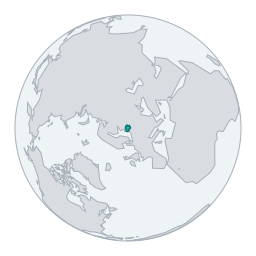 globe centered on Lithuania, rotated 254°
{"feature_id": "LTU", "entity_name": "Lithuania", "entity_type": "country or territory", "adm_level": 0, "iso_a3": "LTU", "parent_name": "Europe", "parent_adm1": "", "projection": "orthographic", "projection_center": [24.055, 55.152], "detail": "fine", "context": "on_globe", "style": "filled", "palette": "teal", "viewbox_px": 256, "rotation_deg": 254, "n_neighbors": 0, "source": "natural_earth", "source_scale": "50m", "svg_char_len": 11428}
<svg xmlns="http://www.w3.org/2000/svg" viewBox="0 0 256 256"><g transform="rotate(254 128 128)"><circle cx="128" cy="128" r="113" fill="#eef3f6" stroke="#a8b0b8"/><path d="M52.2,44.6L65.0,34.9L57.1,40.5L62.7,36.2L62.1,36.7L69.0,32.4L74.4,29.4L83.1,26.3L89.0,27.3L85.8,28.3L87.6,28.6L91.8,27.5L94.0,26.8L105.8,28.0L119.6,27.3L123.7,25.5L123.0,27.3L130.7,23.0L138.1,22.5L129.9,24.1L129.1,25.2L134.1,25.2L134.4,26.3L137.1,27.1L137.0,28.5L132.2,29.5L132.0,30.5L135.6,30.6L137.8,32.1L132.6,31.9L135.8,34.7L128.4,37.5L114.5,36.6L110.4,40.0L96.3,44.4L97.6,45.4L93.1,48.1L93.0,50.3L90.4,50.7L92.6,52.2L95.0,51.5L96.7,52.0L96.9,53.3L93.6,53.9L93.0,53.3L92.1,54.2L90.4,54.0L91.4,54.9L87.4,55.6L91.5,56.9L88.5,59.2L85.8,59.1L85.8,56.5L79.8,50.5L77.1,49.9L73.2,51.7L66.2,60.3L63.3,61.0L59.5,63.9L61.2,64.6L64.8,62.7L66.9,64.9L71.1,62.5L72.5,63.2L76.8,62.0L76.4,65.1L73.6,68.8L70.0,70.1L68.7,71.8L72.3,73.2L65.7,78.1L61.7,86.2L60.0,87.3L56.3,84.6L55.9,78.1L51.2,75.4L54.5,80.2L50.1,83.2L49.5,85.0L49.8,86.8L51.5,86.9L50.1,88.6L46.4,84.3L47.6,82.7L48.8,84.0L48.6,81.0L46.0,78.5L44.0,80.4L42.3,75.2L40.8,76.5L39.7,76.3L42.1,74.4L37.7,77.8L35.3,73.5L29.3,79.7L35.0,71.4L37.0,67.6L38.8,63.6L37.8,64.5L41.5,58.5L42.6,55.6L39.6,58.2L36.1,62.8L41.1,56.4L46.4,50.3L52.2,44.6ZM35.1,64.3L31.8,69.6L32.2,69.4L30.3,73.4L28.3,75.7L24.3,84.3L23.1,87.0L26.5,79.2L30.5,71.6L35.1,64.3ZM20.2,95.3L20.1,95.8L18.6,101.1L18.8,101.5L18.6,105.0L17.3,108.7L18.2,108.1L17.4,112.6L17.6,122.5L17.3,122.5L17.3,135.4L19.3,146.6L19.8,151.5L19.3,152.1L20.5,155.8L20.5,157.0L26.9,171.6L31.6,181.1L32.5,184.8L30.5,183.8L31.5,186.0L27.3,178.5L23.8,170.8L20.8,162.7L18.5,154.5L16.8,146.1L15.8,137.6L15.4,129.1L15.6,120.5L16.5,112.0L18.0,103.6L20.2,95.3ZM27.8,81.2L23.4,93.3L24.3,88.3L24.4,88.8L25.9,85.3L28.0,79.9L29.2,76.0L27.8,81.2ZM29.4,82.2L30.0,80.4L29.7,81.9L29.4,82.2ZM95.0,26.3L91.8,27.4L88.0,28.1L90.6,27.0L95.0,26.3ZM102.4,25.7L100.9,26.4L99.1,25.7L100.5,25.5L102.4,25.7ZM126.7,24.0L124.0,24.2L126.5,23.7L126.7,24.0ZM137.4,26.9L138.1,26.6L139.2,27.1L137.4,26.9ZM76.8,60.4L76.8,61.1L76.0,61.0L76.8,60.4ZM78.7,59.1L77.7,58.4L78.5,57.7L79.0,58.2L78.7,59.1ZM140.0,29.8L141.5,31.0L139.2,30.0L140.0,29.8ZM79.7,60.3L79.9,56.6L81.2,55.4L84.5,56.4L79.7,60.3ZM141.9,31.7L145.6,34.6L147.4,34.0L144.5,37.6L142.3,33.8L139.1,32.7L141.4,32.6L141.9,31.7ZM95.7,50.7L93.1,51.5L95.1,49.6L95.7,50.7ZM96.5,49.4L100.1,43.2L103.9,42.8L101.9,44.9L106.8,43.4L106.9,46.2L104.2,47.7L101.7,47.3L103.7,48.7L96.5,49.4ZM142.3,39.3L142.5,40.2L141.3,39.5L142.3,39.3ZM97.5,52.0L97.9,50.8L101.3,50.3L101.1,52.7L100.1,52.1L97.5,52.0ZM108.0,41.8L110.5,41.9L111.2,44.2L112.3,44.6L107.2,46.3L108.0,41.8ZM99.4,52.9L101.0,54.0L99.5,55.5L97.4,53.2L99.4,52.9ZM102.2,49.1L103.8,49.0L102.9,49.9L102.2,49.1ZM95.3,61.6L95.7,60.0L97.4,59.6L95.3,61.6ZM101.6,54.3L102.1,53.8L102.9,53.5L103.6,54.6L101.6,54.3ZM108.1,47.8L107.9,48.8L110.2,47.2L110.9,49.0L107.4,49.8L109.2,50.2L109.4,50.8L106.3,50.9L108.1,47.8ZM106.5,54.7L102.3,56.6L101.2,59.7L99.6,60.1L101.6,55.1L106.5,54.7ZM106.6,52.4L106.2,53.9L104.4,53.6L103.6,52.4L106.6,52.4ZM112.6,49.9L112.5,47.0L113.2,46.9L112.6,49.9ZM106.5,55.7L107.5,55.2L106.7,55.9L106.5,55.7ZM111.1,51.7L111.0,50.7L111.9,50.6L111.1,51.7ZM109.7,55.2L108.3,55.8L107.8,55.0L109.7,55.2ZM110.6,53.7L111.9,53.8L108.4,54.3L110.4,53.2L110.6,53.7ZM112.0,51.8L112.4,51.5L111.9,52.3L112.0,51.8ZM112.7,58.1L108.4,58.9L107.1,57.1L111.5,56.5L112.7,58.1ZM62.6,194.8L55.6,178.4L58.9,175.1L59.4,168.7L82.3,155.4L87.3,158.7L105.5,160.1L107.8,161.4L105.8,166.8L119.6,175.1L123.9,170.7L136.2,174.0L144.3,173.0L147.0,162.1L133.7,163.6L131.2,158.4L141.8,152.7L153.4,151.3L152.8,149.3L145.3,145.8L147.9,141.3L142.7,144.2L144.9,146.1L141.7,148.1L139.6,146.5L140.5,144.9L137.0,144.4L133.2,152.4L135.0,155.2L125.9,156.9L128.0,161.9L125.5,164.2L121.0,156.7L121.4,154.0L113.1,145.3L111.9,148.3L119.6,156.8L117.3,156.0L115.7,160.5L115.0,156.5L106.9,146.8L98.6,147.1L88.1,156.1L83.2,155.4L79.0,151.4L82.6,140.5L93.2,143.3L94.6,139.8L92.3,133.2L95.8,134.7L96.1,132.5L100.1,133.3L105.6,128.9L109.6,129.1L111.6,122.3L114.0,121.6L112.1,125.7L113.0,128.8L123.0,129.3L124.9,127.9L125.4,123.5L128.1,124.3L127.3,120.1L133.0,118.2L125.4,117.0L125.8,112.2L129.1,108.5L127.9,106.8L122.4,112.9L121.5,115.5L122.8,118.1L119.1,125.6L115.7,126.6L114.4,118.2L109.5,118.8L110.7,112.2L124.7,99.4L130.6,96.8L140.6,102.4L139.3,105.6L135.1,105.1L139.1,109.9L138.7,107.4L141.0,108.2L141.9,104.1L143.5,104.4L141.7,99.9L143.8,99.9L144.9,102.8L148.1,96.9L152.4,95.9L152.4,94.5L151.1,93.2L157.4,92.9L157.1,91.8L154.9,91.5L152.8,89.2L151.6,85.2L153.9,85.3L154.6,86.8L159.6,90.2L161.2,94.3L162.0,93.9L161.1,90.4L155.1,86.3L153.7,83.8L156.8,85.3L155.6,84.6L155.6,83.4L157.7,82.5L154.4,80.6L151.7,68.4L155.5,65.6L158.6,68.1L159.1,60.4L163.4,58.2L161.4,57.8L160.2,54.2L158.8,54.8L157.7,54.4L154.1,45.8L155.0,44.0L151.2,40.3L150.1,40.2L149.2,41.3L144.5,37.6L147.4,34.0L149.7,34.4L150.0,32.0L155.0,33.5L159.4,33.7L164.7,37.1L167.7,37.1L167.5,36.2L171.3,35.8L180.1,38.5L174.0,40.4L161.1,38.0L166.4,39.2L165.5,40.2L167.6,41.5L171.4,42.4L171.6,41.7L179.1,50.4L188.7,56.3L187.3,52.2L189.3,51.1L199.0,55.3L212.2,70.3L215.0,69.8L217.0,71.4L218.8,75.2L215.8,73.0L215.1,74.8L213.2,73.1L215.0,78.8L212.3,76.6L215.1,82.3L217.1,82.7L216.5,78.3L220.0,84.4L222.9,83.4L226.4,86.7L231.8,100.3L232.7,109.4L233.4,111.1L232.2,112.5L232.9,118.6L237.2,120.5L237.9,122.6L238.0,132.5L237.6,131.1L234.3,134.8L235.5,141.0L238.0,139.5L239.0,142.3L237.8,145.1L236.6,142.9L235.4,144.1L234.5,139.1L231.1,135.0L229.8,140.4L228.7,137.5L223.9,135.9L221.3,143.6L218.1,159.7L219.6,167.5L217.7,173.6L210.3,168.0L206.7,161.5L204.2,164.6L196.5,162.1L183.8,169.6L181.8,168.1L179.4,170.5L173.9,170.4L170.8,167.5L167.6,169.0L175.9,176.5L179.3,174.8L181.9,169.4L183.6,172.4L188.9,173.0L183.8,184.4L164.6,199.0L162.4,193.3L146.2,177.9L146.6,175.6L146.5,175.3L146.3,174.9L145.1,178.8L142.2,175.3L151.2,187.5L152.8,192.7L164.3,199.4L163.3,200.7L166.9,201.5L178.1,195.1L178.2,197.1L173.1,207.7L157.3,222.2L159.3,227.1L157.9,231.2L147.7,235.2L148.3,237.0L143.0,238.3L142.5,239.0L138.1,240.0L130.8,240.6L118.8,240.3L118.3,240.1L112.6,238.6L104.8,232.9L108.1,230.3L107.1,227.4L98.4,218.4L100.3,214.0L97.9,211.4L93.0,210.8L90.2,207.5L87.2,206.6L68.4,201.3L62.6,194.8ZM74.7,165.1L74.1,167.0L74.7,165.1ZM165.9,155.1L172.7,152.9L169.1,147.1L171.4,145.9L169.4,144.4L168.8,146.7L163.7,142.4L166.4,139.2L165.3,136.3L163.0,136.9L158.9,143.5L166.1,149.6L164.8,153.0L165.9,155.1ZM17.6,122.7L17.5,124.6L17.4,123.1L17.6,122.7ZM23.6,89.0L23.1,91.0L22.5,92.6L22.8,91.2L23.6,89.0ZM21.2,105.8L21.0,108.4L20.9,106.3L21.2,105.8ZM22.9,95.1L21.3,103.8L21.1,100.2L22.3,94.8L21.9,97.7L22.9,95.1ZM28.0,83.1L27.5,84.5L27.1,84.8L28.0,83.1ZM29.1,83.3L29.2,82.9L29.8,81.8L29.1,83.3ZM50.3,83.4L50.6,83.8L50.6,85.7L49.8,85.2L50.3,83.4ZM55.1,92.7L52.6,95.3L53.8,93.0L52.3,92.6L53.0,87.3L59.2,87.6L56.2,88.3L55.1,92.7ZM55.6,80.6L54.4,83.7L55.4,80.3L55.6,80.6ZM94.2,120.2L95.6,122.1L94.1,124.5L89.0,124.8L91.1,121.3L94.2,120.2ZM97.9,124.4L98.1,116.2L101.3,115.9L99.5,117.4L101.6,118.0L99.2,120.7L102.0,128.5L100.9,131.1L92.1,130.0L95.6,128.8L94.0,126.9L97.9,124.4ZM93.1,97.8L93.2,94.7L100.0,97.9L99.0,100.4L93.9,100.7L91.9,97.9L93.1,97.8ZM85.4,62.8L85.0,61.8L85.9,61.6L87.0,62.3L85.4,62.8ZM95.3,60.9L88.0,67.3L87.2,66.4L83.9,71.4L80.4,71.0L82.7,67.7L77.6,71.4L78.2,68.3L75.0,71.0L80.4,63.7L80.8,61.2L81.7,64.1L84.8,64.5L86.3,63.9L90.8,60.4L93.2,55.4L96.7,55.1L98.5,56.3L98.5,57.4L96.2,57.2L97.8,58.9L94.5,59.5L95.3,60.9ZM117.9,72.4L115.3,71.3L117.9,75.7L114.6,75.9L115.1,76.4L112.8,77.9L110.9,80.6L109.3,80.3L109.2,81.5L107.7,82.6L107.0,84.2L104.1,84.2L103.1,86.2L102.3,85.1L101.3,88.6L100.7,86.1L98.6,87.4L100.3,89.1L86.0,86.4L80.5,87.5L76.1,89.9L75.7,85.5L79.5,80.5L85.3,76.1L90.7,75.8L89.5,74.0L91.7,73.3L91.7,75.0L93.1,72.0L94.9,72.0L100.1,68.6L100.9,64.5L102.8,63.3L103.4,64.9L104.9,62.6L107.3,64.8L108.7,64.0L112.5,65.5L112.8,69.2L114.3,68.1L117.3,69.3L117.9,72.4ZM113.7,58.6L114.8,62.8L113.6,65.0L107.5,61.5L105.9,61.9L102.0,59.9L103.8,56.8L104.8,57.6L106.2,57.7L105.0,58.6L107.0,58.0L108.3,59.1L110.2,59.0L110.1,60.3L113.7,58.6ZM110.4,159.5L112.1,160.0L114.9,160.0L113.9,162.9L110.4,159.5ZM104.7,153.0L106.3,152.8L106.3,156.8L104.5,156.4L104.7,153.0ZM107.1,149.5L106.4,152.5L105.7,150.6L107.1,149.5ZM113.6,125.4L115.3,125.0L115.5,126.1L114.5,127.5L113.6,125.4ZM124.9,86.3L123.6,85.1L124.1,84.5L123.2,80.8L125.6,80.5L127.1,82.5L124.9,86.3ZM144.7,164.3L142.4,166.7L141.1,165.8L142.2,165.2L144.7,164.3ZM127.4,165.5L131.4,166.7L127.1,166.3L127.4,165.5ZM127.3,85.3L126.7,83.8L128.3,84.5L127.3,85.3ZM127.3,80.0L129.1,80.5L125.8,80.0L127.3,80.0ZM176.4,224.8L168.0,232.3L162.9,233.9L162.3,233.1L165.7,229.2L171.7,226.2L174.8,223.3L176.4,224.8ZM238.9,147.8L237.8,151.4L234.2,151.5L235.5,148.4L238.9,144.3L238.7,145.8L239.4,144.2L238.9,147.5L238.9,147.8ZM240.3,137.4L240.2,135.8L240.2,132.8L240.4,130.6L239.7,115.3L239.7,113.7L240.3,119.1L240.6,128.2L240.3,137.4ZM220.1,167.8L222.5,170.0L221.2,172.3L220.1,167.8ZM238.2,107.3L239.3,113.7L237.9,106.7L238.2,107.3ZM236.7,101.9L237.2,103.1L236.9,103.2L236.7,101.9ZM234.5,113.1L234.3,115.8L233.8,114.9L233.6,110.9L234.5,113.1ZM229.0,89.7L231.0,92.5L231.7,93.9L230.7,93.3L229.0,89.7ZM146.7,81.3L145.2,86.7L145.8,90.6L148.5,92.7L144.0,92.1L143.2,86.1L146.7,81.3ZM150.8,69.9L148.4,68.3L149.8,67.6L150.5,67.9L150.8,69.9ZM149.1,69.9L145.4,70.6L144.3,68.8L147.4,68.6L149.1,69.9ZM136.4,77.7L135.8,79.3L134.5,78.6L136.4,77.7ZM238.0,103.9L238.0,104.0L238.7,107.4L236.8,99.1L237.0,99.7L238.0,103.9ZM237.2,100.8L237.9,103.9L236.8,99.7L237.2,100.8ZM237.7,103.8L237.2,102.4L237.0,100.8L237.7,103.8ZM236.9,99.7L235.9,96.5L236.2,97.2L236.9,99.7ZM235.8,99.6L236.3,98.3L236.6,102.3L234.1,97.4L233.7,95.1L235.8,99.6ZM217.6,68.0L216.3,67.2L215.3,65.0L216.5,66.1L217.6,68.0ZM210.7,57.6L214.5,64.2L217.5,69.8L217.7,69.0L220.5,72.2L218.8,72.2L215.0,66.7L213.2,62.9L210.7,60.7L208.0,57.1L205.0,55.6L203.1,53.6L205.2,53.9L210.7,57.6ZM203.8,55.1L197.7,51.8L196.8,48.7L197.9,48.7L201.1,51.5L201.4,52.9L203.8,55.1ZM196.0,50.1L196.2,51.5L187.6,50.8L185.6,49.9L191.6,48.6L192.2,49.9L194.4,50.7L196.0,50.1ZM143.6,40.0L142.6,40.2L143.1,39.5L143.6,40.0ZM157.0,54.8L155.6,54.1L156.3,53.2L157.0,54.8ZM152.2,51.7L152.4,53.2L151.3,51.6L152.2,51.7ZM153.1,56.6L152.1,53.8L154.4,56.6L153.1,56.6Z" fill="#d9dde1" stroke="#a8b0b8" stroke-width="1"/><path d="M126.5,129.5L126.4,129.3L126.4,129.1L126.5,129.0L126.6,128.6L126.5,128.4L126.4,128.3L126.3,128.2L126.1,128.1L125.8,128.2L125.5,128.1L125.3,127.9L125.2,127.9L125.0,127.7L124.9,127.7L124.9,127.3L124.8,127.0L124.7,126.6L124.7,126.2L125.0,125.9L125.4,125.7L125.5,125.7L125.8,125.5L126.2,125.5L126.4,125.6L126.6,125.6L126.8,125.6L127.0,125.7L127.5,125.7L127.9,125.8L128.1,125.8L128.3,125.8L128.5,125.8L128.5,125.7L128.8,125.6L129.0,125.7L129.1,125.9L129.3,126.0L129.7,126.1L129.8,126.1L130.0,126.3L130.2,126.5L130.4,126.7L130.5,126.8L130.8,126.9L130.8,127.0L130.7,127.4L130.7,127.5L130.9,127.6L131.0,127.7L131.0,127.8L130.9,127.8L130.9,128.0L130.5,128.0L130.4,128.1L130.4,128.3L130.2,128.4L130.0,128.6L129.9,128.8L129.9,129.0L129.8,129.3L129.7,129.5L129.8,129.6L130.0,129.8L129.9,129.9L129.9,130.0L129.7,130.0L129.7,129.9L129.7,129.7L129.5,129.8L129.4,129.8L129.2,130.0L128.9,130.0L128.8,130.3L128.7,130.3L128.3,130.5L128.2,130.4L127.9,130.4L127.6,130.4L127.4,130.4L127.3,130.1L127.2,129.9L127.0,129.7L126.9,129.7L126.7,129.5L126.5,129.5ZM124.5,127.7L124.6,127.4L124.7,127.1L124.7,127.3L124.6,127.5L124.5,127.7Z" fill="#14b8a6" stroke="#0f766e" stroke-width="1.5"/></g></svg>